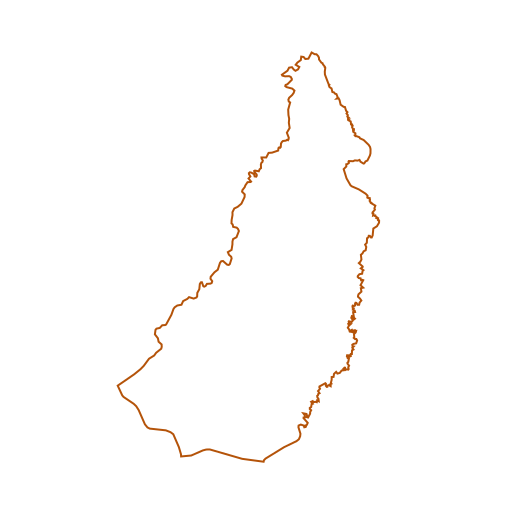 Sam Chai, Kalasin, Thailand, rotated 9°
{"feature_id": "78962969B80615329073531", "entity_name": "Sam Chai", "entity_type": "district", "adm_level": 2, "iso_a3": "THA", "parent_name": "Thailand", "parent_adm1": "Kalasin", "projection": "orthographic", "projection_center": [103.555, 16.912], "detail": "fine", "context": "isolated", "style": "outline", "palette": "amber", "viewbox_px": 512, "rotation_deg": 9, "n_neighbors": 0, "source": "geoboundaries", "source_scale": "gbopen_adm2", "svg_char_len": 6098}
<svg xmlns="http://www.w3.org/2000/svg" viewBox="0 0 512 512"><g transform="rotate(9 256 256)"><path d="M284.2,47.3L282.3,47.5L279.1,46.3L276.9,52.9L273.9,53.7L271.9,52.0L269.5,52.0L269.6,55.5L266.6,58.5L265.3,60.9L269.2,62.5L268.3,65.1L266.0,66.9L264.1,65.9L262.0,63.9L259.2,64.8L258.1,68.1L253.2,72.9L253.8,73.7L256.6,74.0L260.6,73.2L262.3,73.7L263.7,75.5L263.8,76.4L260.1,81.5L258.5,82.4L258.3,83.6L259.7,84.4L265.6,85.0L268.1,86.6L267.7,89.0L266.5,91.4L264.0,94.5L263.5,96.5L264.2,98.3L265.7,99.0L264.9,106.4L266.0,111.7L267.3,115.3L267.6,119.3L269.2,124.3L267.2,129.4L269.9,134.1L269.9,135.5L269.5,136.6L268.6,136.3L267.4,137.4L264.6,138.2L263.7,139.4L263.1,141.0L263.4,144.5L262.8,145.4L261.9,145.1L261.3,145.9L261.4,148.4L255.7,151.4L252.3,152.2L250.7,157.1L246.0,157.8L246.3,158.9L247.8,160.6L247.6,162.2L246.8,163.0L246.5,164.8L247.2,168.4L246.0,169.8L245.5,171.9L241.6,171.8L240.9,172.3L241.2,173.2L243.9,175.4L244.2,176.6L243.8,177.6L242.2,177.6L241.3,175.5L238.4,174.4L236.8,174.3L236.0,175.3L236.3,176.3L238.0,178.3L236.5,180.6L239.5,183.3L239.0,183.8L236.1,184.4L234.4,188.0L234.1,189.7L232.3,193.0L232.2,194.7L235.2,196.9L235.5,199.5L233.4,206.6L230.2,210.3L227.1,212.5L225.9,216.4L226.4,219.2L226.3,224.2L226.7,227.6L228.0,228.5L228.9,230.8L232.5,231.0L234.0,232.1L235.2,234.0L233.8,240.5L230.7,242.9L230.5,245.5L230.9,248.2L230.9,253.8L227.6,256.6L229.1,259.0L231.6,260.6L232.3,262.2L231.4,268.1L230.5,269.1L228.9,269.1L224.2,266.1L222.5,266.6L221.5,268.4L220.4,275.5L217.5,278.6L214.5,283.6L214.6,285.6L216.7,287.7L216.5,289.5L215.4,290.4L211.9,291.2L210.9,293.5L209.6,294.4L208.7,294.1L206.7,290.4L205.7,290.6L204.9,292.4L205.2,297.7L203.8,301.6L204.2,305.1L203.7,306.3L201.1,307.8L196.3,307.1L194.9,309.1L191.1,311.9L190.0,315.8L186.0,317.2L183.7,319.4L182.8,321.2L181.6,327.4L177.9,337.8L177.1,338.4L174.2,339.1L172.2,342.1L169.1,343.3L168.3,344.6L168.4,349.2L172.0,352.6L173.2,355.9L176.6,358.1L177.1,360.5L176.9,362.4L172.5,367.2L171.0,370.2L166.4,374.2L162.3,382.1L159.6,385.9L154.2,391.9L139.7,405.7L145.7,414.6L147.2,415.9L158.3,421.1L161.2,423.1L164.2,426.5L172.6,439.6L175.6,442.3L178.1,443.1L194.2,442.3L199.2,443.4L202.2,445.0L209.7,456.8L212.9,463.5L213.4,465.7L223.2,463.2L234.0,456.3L237.2,454.9L240.7,454.3L274.1,458.5L295.7,458.0L295.8,456.5L297.1,454.6L313.8,440.3L325.0,432.5L327.0,430.3L327.8,427.2L327.7,424.6L324.7,418.5L324.6,416.8L326.6,415.5L329.7,416.0L330.5,417.6L331.8,417.1L332.0,416.7L331.3,415.7L332.6,414.9L333.2,412.7L328.3,408.7L328.3,408.1L329.4,408.0L329.6,407.5L329.1,405.7L327.4,404.0L330.6,404.1L331.6,406.1L331.3,407.2L332.7,407.4L334.1,403.3L333.9,401.6L334.6,399.7L333.1,398.8L332.9,397.6L334.1,396.6L334.1,393.6L335.1,393.1L333.3,391.4L334.7,390.4L335.6,391.4L337.5,390.7L338.9,390.9L339.0,389.0L340.7,389.6L340.0,387.2L338.8,386.1L338.3,384.6L339.0,383.8L339.1,382.4L340.2,381.6L338.4,379.7L340.0,377.1L339.1,375.8L339.1,374.9L344.4,370.8L345.1,371.3L345.2,373.2L346.4,374.2L346.9,374.0L346.8,373.1L347.3,372.6L348.5,372.3L350.1,372.9L350.0,372.1L349.1,371.3L350.5,370.3L349.8,369.5L350.1,366.5L349.7,363.7L351.5,363.3L351.5,360.2L353.3,357.9L354.8,359.4L357.0,358.4L358.5,355.7L360.3,355.2L359.8,354.0L360.9,352.4L361.4,352.4L361.5,354.0L362.1,354.6L363.4,353.7L364.9,353.8L365.2,353.2L364.5,351.4L365.1,349.8L363.2,348.0L363.0,347.1L363.7,346.2L363.8,342.8L362.5,342.5L362.2,341.6L361.5,341.0L361.5,339.8L363.2,339.6L364.0,340.9L365.3,340.0L364.7,338.5L364.9,338.0L366.0,337.8L365.6,334.1L366.9,333.1L365.5,331.6L366.6,330.1L365.5,330.1L365.0,328.6L366.0,327.6L368.6,326.6L369.1,323.6L368.1,322.3L366.9,322.6L365.4,321.6L365.8,321.0L365.0,317.8L366.4,315.9L366.6,314.3L365.7,314.5L365.3,313.8L364.3,314.2L364.3,316.0L363.7,316.2L362.7,316.0L363.1,315.1L362.3,313.9L361.5,314.5L361.4,316.0L360.4,316.0L359.4,313.9L357.9,312.5L358.7,310.2L360.2,308.4L359.5,308.4L358.3,309.4L357.7,308.5L358.6,307.5L357.8,306.4L358.0,305.9L360.7,306.3L361.5,305.0L361.2,304.0L362.2,303.8L363.5,302.4L362.3,301.6L360.5,302.9L359.8,302.2L360.1,300.3L362.0,300.3L360.7,296.3L362.6,295.8L362.0,294.5L360.1,293.9L360.7,292.5L359.7,292.3L359.1,290.4L359.4,289.8L360.7,290.1L361.6,289.4L361.3,287.5L361.6,286.6L362.5,286.6L364.0,288.3L365.5,288.0L365.6,285.8L367.0,283.5L365.4,281.8L363.1,280.3L363.0,279.7L363.2,277.8L365.7,274.7L364.6,271.4L366.8,270.5L363.8,268.5L365.7,263.1L365.0,262.9L363.6,263.5L362.8,261.7L361.0,261.7L359.7,260.7L359.7,259.8L361.0,257.8L363.6,256.9L363.6,254.1L364.3,253.2L361.5,251.8L363.0,250.3L363.0,249.7L358.7,246.9L359.9,245.4L360.7,243.0L359.4,238.4L360.7,236.9L361.6,234.5L363.4,233.2L363.5,229.8L362.0,227.7L363.4,225.6L362.9,221.1L364.0,220.1L364.2,218.4L365.3,218.3L366.6,219.7L367.4,219.6L368.0,217.4L367.6,210.5L370.8,207.7L372.3,203.9L372.1,202.0L371.0,201.6L371.2,200.8L370.5,200.5L370.6,199.7L369.2,199.6L369.6,199.0L368.0,198.2L367.6,197.4L367.0,197.8L366.1,197.2L365.3,197.7L365.3,195.8L364.4,195.7L364.3,194.7L366.2,191.6L365.5,190.4L366.0,187.6L361.5,185.8L361.7,185.5L360.3,184.7L359.6,183.8L359.9,182.9L359.5,181.7L358.4,181.4L358.7,181.0L356.8,180.8L356.7,178.9L354.5,177.3L347.1,174.1L339.7,172.2L338.3,171.4L333.3,165.2L329.0,156.5L331.2,153.5L330.8,151.3L331.9,150.9L333.2,149.5L332.6,148.2L332.8,147.7L337.0,147.2L338.7,146.1L341.5,145.9L343.2,144.9L344.4,146.5L347.7,147.9L348.4,147.6L349.4,145.4L351.1,144.3L352.8,138.9L353.0,136.7L352.4,132.5L351.6,130.5L349.9,128.6L344.2,124.6L340.3,123.5L339.5,122.5L336.4,121.9L335.5,122.1L334.7,121.4L335.2,121.1L335.0,119.3L332.6,118.1L332.2,116.7L333.0,116.5L332.9,115.4L332.0,115.4L330.8,113.9L331.0,113.0L330.4,112.4L330.9,111.9L330.0,110.8L329.2,110.9L328.5,108.3L325.8,107.4L325.6,106.9L326.3,106.3L325.6,106.2L325.0,104.8L325.5,104.6L324.4,103.9L324.7,102.5L323.1,101.1L323.8,99.6L322.3,98.5L320.5,94.9L319.3,95.0L315.9,93.3L314.2,89.1L313.0,87.4L311.1,87.9L312.0,86.7L310.1,83.5L308.8,83.4L307.4,82.2L305.8,82.1L304.4,78.7L302.2,77.7L301.3,76.2L301.7,75.4L300.8,74.9L295.7,66.0L295.1,63.1L295.0,59.3L294.3,58.7L294.4,58.3L292.0,56.1L291.6,55.2L290.3,54.8L287.5,52.0L287.2,50.4L286.2,48.9L284.2,47.3Z" fill="none" stroke="#b45309" stroke-width="2"/></g></svg>